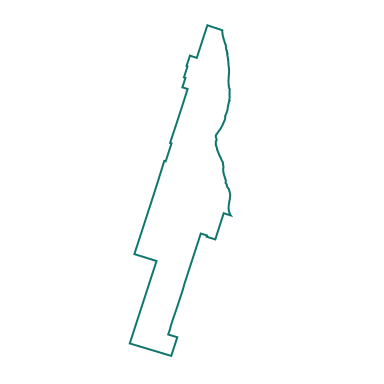 outline of Dundas, Western Australia, Australia, rotated 288°
{"feature_id": "25037944B97036074912579", "entity_name": "Dundas", "entity_type": "district", "adm_level": 2, "iso_a3": "AUS", "parent_name": "Australia", "parent_adm1": "Western Australia", "projection": "equal_earth", "projection_center": [126.268, -32.126], "detail": "fine", "context": "isolated", "style": "outline", "palette": "teal", "viewbox_px": 384, "rotation_deg": 288, "n_neighbors": 0, "source": "geoboundaries", "source_scale": "gbopen_adm2", "svg_char_len": 5638}
<svg xmlns="http://www.w3.org/2000/svg" viewBox="0 0 384 384"><g transform="rotate(288 192 192)"><path d="M355.3,155.1L321.0,155.1L321.1,147.9L310.1,147.9L310.1,148.9L298.5,148.9L298.5,150.5L288.6,150.5L288.6,156.0L275.9,156.1L254.7,156.1L231.9,156.0L231.9,157.5L213.0,157.5L213.0,156.0L192.2,156.3L173.6,156.4L137.2,156.4L115.1,156.4L115.4,179.6L72.6,179.6L47.4,179.6L28.7,179.6L29.7,222.9L49.3,222.9L49.1,213.4L56.4,213.5L56.9,213.2L65.3,213.2L76.6,213.4L92.7,213.5L98.0,213.4L101.5,213.2L155.2,213.2L155.3,219.7L154.0,219.7L154.1,228.8L181.6,228.7L181.7,236.1L182.6,235.0L183.5,234.3L183.7,234.2L185.0,233.2L186.8,232.2L187.1,232.1L188.2,231.7L189.8,231.3L190.5,231.1L191.9,230.8L192.2,230.8L192.8,230.8L193.3,230.6L193.6,230.6L194.6,230.5L195.0,230.5L195.5,230.3L196.2,230.3L198.0,229.9L198.9,229.8L199.7,229.5L200.7,229.4L200.8,229.3L201.0,229.3L201.6,229.0L202.1,228.6L202.3,228.5L202.7,228.3L203.6,227.9L204.1,227.6L204.4,227.2L204.7,227.0L205.0,226.8L205.6,226.6L206.2,226.1L206.4,225.9L206.7,225.3L206.8,225.2L207.4,224.3L207.6,224.1L207.9,223.8L208.3,223.6L208.5,223.3L209.2,223.0L209.5,222.9L209.8,222.8L210.0,222.5L210.3,222.3L210.6,221.7L211.0,221.1L211.4,221.1L211.5,221.0L211.9,221.0L212.5,220.8L213.2,220.7L213.7,220.5L213.8,220.3L214.0,220.2L214.3,220.0L214.4,219.8L214.7,219.6L215.0,219.4L215.4,219.0L216.0,218.8L216.1,218.7L216.4,218.4L216.5,218.4L216.9,218.1L217.2,218.0L217.5,217.7L217.8,217.4L218.1,217.2L218.3,217.0L218.6,216.9L219.1,216.7L219.3,216.4L219.5,216.4L220.1,216.1L220.6,215.7L221.4,215.3L221.8,215.2L222.4,215.0L222.6,214.9L222.8,214.8L223.1,214.7L223.4,214.5L224.1,214.4L225.1,214.3L225.6,214.1L225.9,214.1L226.3,213.8L227.1,213.5L227.2,213.4L227.3,213.2L227.5,213.0L228.4,212.8L228.7,212.7L229.2,212.5L229.4,212.2L229.5,212.1L229.9,212.0L230.2,211.8L230.4,211.6L231.0,210.8L231.5,210.4L231.7,210.2L231.9,210.0L232.2,209.7L232.6,209.4L233.0,209.2L233.2,208.9L233.6,208.4L234.0,208.2L234.2,207.8L234.5,207.4L235.3,206.9L235.4,206.7L235.7,206.4L236.1,206.2L236.3,205.9L236.6,205.7L236.8,205.5L237.2,205.3L237.4,205.0L237.8,204.8L238.2,204.3L238.8,203.9L238.9,203.7L239.3,203.5L239.5,203.3L239.7,203.1L240.0,203.1L240.2,202.7L240.3,202.7L241.0,202.4L241.5,202.3L241.7,202.0L242.5,201.3L242.7,201.1L243.0,201.1L243.2,200.9L243.4,200.6L243.9,200.4L244.4,200.0L244.7,199.8L245.1,199.8L245.4,199.6L245.7,199.6L246.4,199.4L246.6,199.4L247.0,199.3L247.3,199.1L247.5,199.0L248.2,199.2L248.5,199.3L248.8,199.4L249.1,199.3L249.4,199.2L250.3,198.8L250.7,198.4L250.8,198.3L251.2,198.0L251.4,197.9L251.7,197.6L252.0,197.5L252.3,197.4L253.5,197.2L253.8,197.2L254.4,197.4L254.6,197.5L254.9,197.7L255.4,197.9L255.7,197.9L256.2,198.1L257.4,198.4L258.2,198.6L258.6,198.7L259.1,199.0L260.0,199.3L260.6,199.5L261.4,199.7L261.8,199.8L262.0,199.8L262.7,199.9L263.0,199.9L263.6,200.1L266.1,200.5L266.9,200.5L267.1,200.6L267.8,200.5L268.4,200.7L269.5,200.7L269.6,200.8L269.9,200.8L270.5,200.9L271.2,200.9L271.4,200.8L271.8,200.8L272.0,200.8L272.3,200.8L272.7,200.8L273.4,200.5L273.5,200.4L273.8,200.2L274.1,200.1L274.4,200.2L275.2,200.1L275.3,200.2L275.7,200.2L275.8,200.2L276.7,200.3L276.9,200.4L277.2,200.4L277.3,200.3L277.7,200.3L278.5,200.4L279.0,200.4L280.2,200.4L280.6,200.4L280.8,200.4L281.3,200.3L282.2,200.1L282.9,200.0L283.6,199.9L283.9,199.9L284.4,199.7L284.6,199.7L284.9,199.7L285.4,199.7L285.6,199.6L286.2,199.6L286.7,199.5L286.9,199.6L287.1,199.5L288.3,199.4L288.5,199.3L288.8,199.4L289.0,199.4L289.5,199.3L290.1,199.4L290.5,199.3L290.6,199.2L290.7,199.3L290.8,199.1L291.0,199.0L291.8,198.9L292.0,198.9L292.3,198.8L292.8,198.7L293.0,198.7L294.2,198.4L294.5,198.3L294.8,198.0L295.0,198.0L295.1,197.9L295.8,197.7L296.0,197.7L296.3,197.5L296.8,197.4L297.1,197.3L297.4,197.3L298.0,197.0L298.4,196.9L298.8,196.7L299.2,196.7L299.3,196.6L299.8,196.5L300.1,196.5L300.5,196.4L301.0,196.3L301.5,196.1L301.6,195.9L301.9,195.7L302.0,195.4L302.3,195.2L303.0,194.9L303.6,194.5L303.9,194.4L304.0,194.3L304.4,194.2L304.9,194.1L305.0,193.9L305.5,193.6L307.5,192.9L308.0,192.6L308.4,192.6L309.1,192.3L309.5,192.2L309.8,192.2L310.1,192.1L310.6,191.9L310.8,191.8L311.0,191.8L311.3,191.8L311.8,191.6L312.6,191.4L312.9,191.3L313.2,191.2L313.4,191.2L313.8,191.0L314.1,191.0L314.3,191.0L314.5,190.9L315.1,190.9L315.3,190.8L315.6,190.7L316.0,190.6L316.5,190.4L317.5,190.2L317.8,190.1L318.0,190.0L318.5,189.8L319.0,189.7L319.3,189.6L319.5,189.6L319.9,189.3L320.1,189.3L320.2,189.2L320.6,189.1L321.1,188.9L321.3,188.7L321.8,188.6L322.3,188.3L323.0,188.0L323.7,187.7L324.0,187.5L324.4,187.3L324.6,187.3L325.1,187.1L325.3,187.0L325.5,186.9L325.8,186.8L326.2,186.6L326.4,186.6L326.9,186.3L327.3,186.2L327.5,186.1L327.9,186.0L327.9,185.9L328.5,185.6L328.9,185.6L329.1,185.3L329.2,185.2L329.4,185.2L329.6,185.1L330.1,185.0L330.3,184.8L330.5,184.7L330.8,184.6L331.8,184.0L332.2,183.8L332.8,183.5L333.0,183.3L333.3,183.3L333.6,183.0L334.0,183.0L334.4,182.8L334.5,182.9L334.6,182.7L334.8,182.7L335.3,182.4L335.6,182.1L335.8,182.1L336.0,181.9L336.3,181.9L336.7,181.8L336.7,181.5L336.9,181.3L337.1,181.3L337.7,181.0L337.9,180.9L338.3,180.5L338.4,180.3L338.8,180.1L339.1,180.0L339.5,179.9L340.2,179.8L340.2,179.7L340.3,179.5L340.4,179.4L340.7,179.3L340.9,179.2L341.2,179.1L341.5,179.0L341.9,178.9L342.1,178.8L342.3,178.6L342.5,178.5L342.6,178.3L342.7,178.1L343.0,177.8L343.5,177.6L344.0,177.2L344.4,176.8L344.8,176.6L345.6,176.0L345.9,175.8L346.2,175.7L346.9,175.1L347.4,174.9L347.6,174.7L347.9,174.3L348.5,174.1L348.8,173.8L349.4,173.5L349.7,173.4L350.0,173.2L350.4,172.9L351.3,172.3L351.7,172.3L351.9,172.1L352.3,172.0L352.6,171.8L353.2,171.6L353.4,171.4L353.8,171.2L355.2,170.9L355.3,155.1Z" fill="none" stroke="#0f766e" stroke-width="2"/></g></svg>